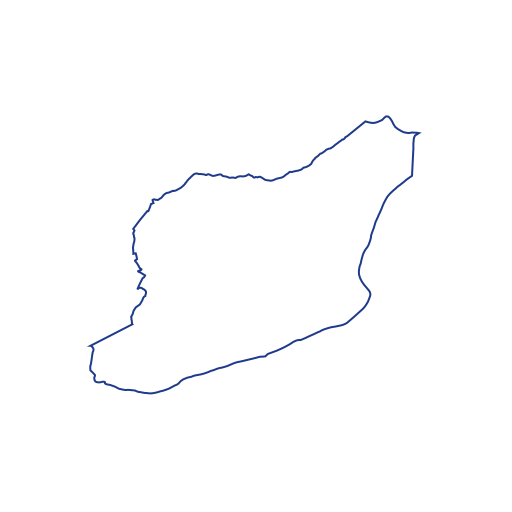 San Eduardo, Boyacá, Colombia, rotated 48°
{"feature_id": "7082276B69252308572734", "entity_name": "San Eduardo", "entity_type": "district", "adm_level": 2, "iso_a3": "COL", "parent_name": "Colombia", "parent_adm1": "Boyacá", "projection": "equal_earth", "projection_center": [-73.043, 5.237], "detail": "fine", "context": "isolated", "style": "outline", "palette": "blue", "viewbox_px": 512, "rotation_deg": 48, "n_neighbors": 0, "source": "geoboundaries", "source_scale": "gbopen_adm2", "svg_char_len": 6104}
<svg xmlns="http://www.w3.org/2000/svg" viewBox="0 0 512 512"><g transform="rotate(48 256 256)"><path d="M336.8,316.3L336.7,312.8L340.3,303.8L342.1,298.2L343.3,293.7L344.2,289.8L344.8,285.9L345.6,283.1L346.2,281.8L346.6,281.1L347.5,279.8L348.2,279.3L348.4,278.8L350.0,274.2L351.0,270.8L353.1,264.3L353.7,262.1L354.9,258.8L355.0,257.9L355.5,256.1L356.5,253.5L358.6,249.0L359.8,246.9L361.7,244.0L364.8,238.6L365.7,236.5L366.3,234.5L366.5,233.6L366.6,232.6L366.8,224.6L366.8,219.8L366.8,218.4L366.8,215.3L366.8,214.0L366.8,211.8L366.4,208.8L365.9,206.7L365.0,203.7L364.0,201.6L362.3,198.3L361.3,196.9L360.0,196.0L359.2,195.6L357.4,195.2L349.6,194.9L346.1,194.5L342.6,193.6L340.7,192.8L338.5,191.7L336.2,189.8L334.5,187.8L334.0,187.2L332.9,185.7L331.9,183.7L331.4,182.9L329.3,180.0L327.0,176.4L326.1,174.8L325.1,172.4L324.3,169.7L324.0,167.7L323.7,166.7L323.2,165.2L322.7,164.2L321.6,162.1L320.5,160.2L318.8,157.7L317.9,157.0L316.2,154.0L313.8,149.4L311.9,146.3L311.4,145.5L310.7,144.4L309.7,141.9L309.2,141.0L308.9,140.0L307.7,137.6L307.3,136.5L306.9,135.6L306.0,133.5L304.7,130.7L303.9,129.2L302.1,125.3L301.8,124.4L300.8,121.7L300.1,119.6L299.8,118.5L299.5,116.4L299.3,114.7L299.2,110.7L299.2,110.0L299.3,107.0L299.2,105.0L299.3,103.7L299.6,101.1L299.7,98.4L299.9,97.2L299.9,94.2L300.1,91.9L300.7,87.2L300.8,86.4L282.4,68.1L281.3,66.9L280.6,66.4L277.0,63.1L276.6,62.5L275.0,60.9L273.8,59.3L272.9,57.2L273.7,52.7L273.2,53.1L271.9,54.1L270.3,55.8L268.8,57.2L266.8,60.3L264.5,62.2L262.7,63.5L260.2,64.5L256.7,65.6L253.2,66.2L249.8,65.6L246.8,64.7L243.3,64.2L240.9,64.4L239.3,65.9L239.1,67.9L239.3,71.3L237.8,76.0L236.4,78.8L234.8,80.7L231.7,83.1L229.2,84.6L228.0,108.1L227.7,109.2L227.5,110.0L227.9,111.3L227.9,112.3L227.7,113.4L227.2,113.9L227.1,116.0L226.8,118.0L226.8,119.0L226.4,122.8L226.4,124.4L226.3,126.2L226.1,127.0L226.0,128.1L225.7,129.1L225.0,130.0L224.1,132.5L224.1,134.3L224.0,135.8L223.6,138.6L223.0,139.7L223.0,140.8L223.1,141.8L223.1,143.5L222.9,145.2L222.8,146.7L223.1,147.3L223.1,148.9L223.4,150.4L223.7,151.4L224.5,153.3L224.4,154.5L224.3,156.1L223.7,158.4L223.0,160.1L222.6,160.9L222.2,161.4L222.1,162.4L222.2,164.0L221.6,165.6L220.8,167.5L220.0,168.7L218.5,171.3L217.5,173.3L216.3,174.3L216.0,175.2L216.0,177.0L215.6,179.5L215.5,182.2L215.0,184.2L212.4,188.9L211.1,192.7L210.0,194.6L206.7,197.4L205.3,198.3L201.8,199.2L200.2,199.8L199.3,200.5L198.8,201.5L198.6,202.2L197.1,203.4L196.8,204.5L196.2,205.1L195.7,205.3L194.0,205.3L192.6,206.1L191.2,206.6L190.8,206.6L190.4,206.8L190.2,207.6L190.0,208.7L189.7,209.9L189.1,211.1L188.4,212.1L187.4,213.2L186.5,214.0L185.8,214.9L185.1,216.0L184.6,217.5L184.5,218.4L184.2,219.1L183.6,219.6L182.7,220.2L181.6,221.4L180.4,223.1L179.6,223.7L178.0,224.4L176.9,225.1L174.6,227.0L173.5,227.3L172.6,227.3L171.8,227.6L171.2,228.3L170.3,229.7L168.8,232.8L168.1,233.9L167.2,234.8L164.5,236.0L163.7,236.4L163.1,237.0L162.5,238.9L162.1,239.2L161.2,239.6L160.4,240.2L157.9,242.4L156.8,243.7L155.2,244.6L154.2,246.0L153.7,247.5L153.7,251.8L153.9,253.0L153.8,254.3L154.2,257.3L154.6,258.6L154.6,259.7L155.0,260.9L155.1,263.2L155.0,266.1L154.7,267.6L154.3,269.2L153.8,271.3L153.2,272.7L152.6,273.7L152.0,274.0L151.4,275.9L151.1,276.4L151.0,277.2L150.3,278.7L149.3,280.4L149.2,281.1L148.9,282.5L148.9,284.2L149.3,286.2L149.4,287.5L149.3,288.2L149.0,289.3L148.9,290.7L148.6,291.6L147.6,292.3L146.9,293.2L145.8,293.7L145.3,294.4L145.2,295.5L148.1,296.8L147.1,299.3L148.1,300.9L150.6,305.8L150.6,306.1L150.2,306.7L149.9,306.8L151.6,318.2L153.7,329.1L153.9,329.2L155.6,329.2L155.8,329.3L156.6,331.2L156.7,331.7L156.9,332.0L157.4,332.2L157.7,332.5L158.1,332.7L158.6,332.8L159.1,333.0L160.3,334.0L161.4,334.3L161.8,334.7L162.1,334.9L162.7,335.6L163.6,336.5L164.2,337.6L165.9,340.0L166.4,340.4L167.5,341.9L169.7,343.5L170.4,344.1L171.2,344.6L172.3,345.7L173.5,343.6L176.3,345.0L178.8,346.6L178.5,348.4L178.4,348.9L178.5,349.1L179.7,349.2L180.5,349.2L180.9,349.3L182.0,349.3L183.1,349.6L185.0,349.9L185.6,350.2L187.6,350.5L188.1,350.2L188.5,350.2L189.2,350.0L189.4,350.1L189.5,350.3L189.5,350.8L189.1,351.8L188.9,352.1L188.9,352.5L188.5,353.4L188.4,353.8L188.6,353.9L190.0,353.5L190.5,353.1L196.2,351.4L196.6,352.3L196.9,353.5L196.7,354.5L196.7,355.2L196.9,355.9L197.1,356.3L199.2,361.7L201.4,366.5L201.5,364.4L201.6,363.9L202.7,362.7L203.4,362.3L204.5,362.2L205.3,361.8L206.6,361.4L207.4,361.5L208.3,361.4L209.1,361.8L209.9,362.5L210.8,363.9L211.7,365.1L211.5,365.6L211.4,366.2L211.4,366.7L211.5,367.3L212.0,368.5L212.8,370.0L214.1,374.0L214.3,374.9L214.2,376.0L214.0,377.1L214.0,377.9L213.8,378.6L213.8,379.9L214.5,382.4L214.5,382.7L214.8,383.5L215.2,384.3L216.4,386.1L216.9,387.2L217.6,389.4L217.9,389.7L218.9,390.1L219.2,390.5L219.7,391.0L221.0,391.6L221.9,392.4L222.1,392.5L223.0,393.2L223.3,393.3L223.7,393.6L224.0,393.6L212.0,439.0L212.2,438.8L212.5,438.7L214.1,438.5L214.8,438.6L215.8,438.8L216.5,439.1L216.9,439.5L217.6,440.3L218.1,441.4L218.8,442.5L225.7,450.8L227.0,452.9L228.3,454.1L229.7,455.2L230.1,455.5L230.7,455.6L231.0,455.5L234.7,455.3L236.6,455.3L236.8,455.4L237.3,455.9L238.2,457.6L239.3,458.5L240.5,459.1L241.4,459.3L241.8,459.3L243.1,458.8L244.1,458.0L245.6,456.4L246.4,454.8L246.9,454.0L247.4,453.4L248.3,452.7L249.1,452.9L249.5,453.4L250.2,453.4L251.1,453.0L252.3,452.2L253.0,451.6L254.7,450.4L258.6,448.3L262.3,446.9L263.4,446.4L264.0,446.0L264.6,445.4L265.6,444.8L267.9,443.0L268.9,442.0L269.6,440.9L273.0,437.7L275.1,435.9L275.4,435.7L276.8,435.2L278.6,434.1L279.2,433.6L279.8,433.0L282.9,430.7L283.7,429.9L287.2,426.7L288.8,424.7L289.3,423.9L289.7,423.2L290.4,422.1L291.2,420.6L292.6,417.6L293.4,416.2L293.7,415.6L294.3,414.4L294.8,413.0L295.0,412.8L296.3,409.5L297.8,403.4L298.8,400.4L298.9,398.8L298.6,395.6L298.9,393.3L298.9,392.9L299.5,391.2L300.4,388.6L302.6,384.6L303.3,382.6L303.9,381.4L305.6,378.6L307.1,376.2L308.8,372.8L310.3,369.2L311.2,366.4L312.5,363.8L313.7,360.5L314.5,358.8L315.0,357.8L316.0,356.3L316.5,355.3L317.7,352.8L318.5,351.1L320.7,344.7L321.4,343.0L322.2,341.2L324.8,336.8L327.3,332.2L330.4,326.5L332.7,322.1L333.5,320.5L335.4,318.2L336.3,316.9L336.8,316.3Z" fill="none" stroke="#1e3a8a" stroke-width="2"/></g></svg>